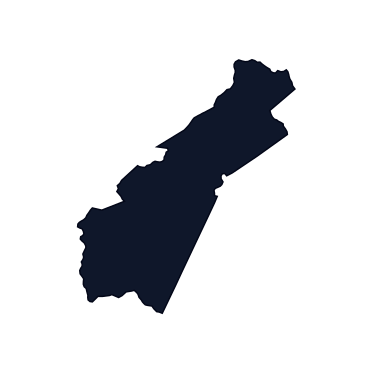 outline of Paramoti, Ceará, Brazil, rotated 327°
{"feature_id": "56859067B60810447740053", "entity_name": "Paramoti", "entity_type": "district", "adm_level": 2, "iso_a3": "BRA", "parent_name": "Brazil", "parent_adm1": "Ceará", "projection": "mercator", "projection_center": [-39.374, -4.17], "detail": "fine", "context": "isolated", "style": "filled", "palette": "ink", "viewbox_px": 384, "rotation_deg": 327, "n_neighbors": 0, "source": "geoboundaries", "source_scale": "gbopen_adm2", "svg_char_len": 2372}
<svg xmlns="http://www.w3.org/2000/svg" viewBox="0 0 384 384"><g transform="rotate(327 192 192)"><path d="M219.2,135.9L187.2,135.0L195.3,142.0L194.7,144.5L192.0,144.6L190.2,146.4L187.7,147.6L186.1,149.8L183.9,150.2L181.4,149.5L179.5,147.9L177.7,146.1L175.4,145.8L171.9,146.4L168.6,145.2L166.0,145.8L163.8,144.2L161.7,142.2L160.7,140.3L139.3,143.9L136.2,145.5L132.8,146.0L132.1,149.1L129.2,150.7L129.6,153.1L130.1,157.0L129.7,160.1L130.3,163.0L106.5,158.1L99.7,151.1L96.9,151.9L94.2,153.1L91.1,154.3L88.9,155.8L85.9,156.3L83.2,156.1L81.0,156.1L78.9,156.7L77.1,158.9L78.3,161.1L79.8,163.0L79.5,165.7L78.6,168.2L76.6,169.0L74.3,168.9L72.7,170.6L73.0,172.9L73.9,176.0L73.6,179.3L72.6,181.0L70.0,182.5L66.7,184.6L65.7,187.6L64.0,189.1L61.1,190.4L60.7,192.5L59.4,194.4L57.1,195.4L55.1,196.7L53.6,199.7L53.8,202.4L53.9,205.8L52.2,207.9L50.6,210.2L50.0,212.7L50.7,215.3L49.4,218.9L48.4,222.0L47.2,223.6L46.1,225.9L46.8,228.3L48.6,229.9L52.6,229.1L56.3,228.3L60.1,230.8L66.3,233.8L68.9,234.4L71.2,237.8L73.0,240.5L76.9,240.8L79.4,240.4L82.4,239.9L87.3,242.1L90.0,243.0L90.9,246.4L91.0,248.5L90.2,251.5L90.7,254.7L90.6,257.1L90.9,259.2L91.4,261.2L92.9,262.8L96.3,265.8L96.4,269.1L97.2,273.1L99.1,274.8L101.0,277.5L127.5,261.3L140.6,253.1L169.6,235.2L193.6,220.4L205.2,213.2L210.8,209.4L208.9,207.4L210.3,205.1L211.3,202.6L213.4,201.6L216.2,202.1L218.9,202.5L221.1,202.0L223.5,200.4L223.6,196.8L225.1,194.3L227.4,193.2L229.6,194.4L229.9,197.3L236.0,197.9L266.0,197.4L303.3,195.7L304.5,193.2L304.7,190.1L304.5,186.5L305.5,184.5L304.3,181.9L303.0,179.9L302.3,177.7L300.7,175.8L300.2,172.7L300.6,169.6L301.7,166.0L334.4,161.7L334.2,157.7L335.5,154.3L335.6,150.5L336.3,148.1L337.1,146.1L337.9,143.3L337.6,140.9L334.7,140.9L332.0,139.6L330.0,136.9L326.8,137.7L325.1,136.3L323.7,134.0L324.1,131.3L322.5,128.1L321.4,125.4L320.4,122.6L319.8,120.1L317.3,118.7L316.2,116.0L314.3,113.7L310.2,113.1L307.6,111.7L305.2,109.3L303.1,106.7L299.4,106.5L296.9,107.8L295.4,110.1L294.6,113.4L293.3,115.4L291.3,117.0L288.9,119.4L287.3,123.1L284.2,125.0L280.3,126.4L277.1,125.2L273.0,126.2L269.0,126.6L265.9,126.4L263.0,127.7L260.3,129.7L258.1,131.0L256.8,133.0L254.7,132.8L251.8,132.6L248.9,132.3L246.2,132.1L243.6,131.7L241.0,131.6L238.8,131.3L236.6,131.2L234.3,131.0L232.0,131.7L229.7,132.7L226.2,134.1L223.8,134.8L221.8,135.3L219.2,135.9Z" fill="#0f172a" stroke="#020617" stroke-width="1.5"/></g></svg>